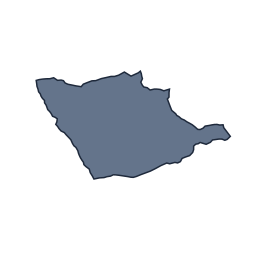 outline of Pérola, Paraná, Brazil, rotated 105°
{"feature_id": "56859067B95323447505184", "entity_name": "Pérola", "entity_type": "district", "adm_level": 2, "iso_a3": "BRA", "parent_name": "Brazil", "parent_adm1": "Paraná", "projection": "robinson", "projection_center": [-53.712, -23.823], "detail": "fine", "context": "isolated", "style": "filled", "palette": "slate", "viewbox_px": 256, "rotation_deg": 105, "n_neighbors": 0, "source": "geoboundaries", "source_scale": "gbopen_adm2", "svg_char_len": 1825}
<svg xmlns="http://www.w3.org/2000/svg" viewBox="0 0 256 256"><g transform="rotate(105 128 128)"><path d="M105.8,229.0L109.0,227.6L111.3,226.7L113.9,224.9L116.2,223.7L117.7,221.6L119.9,220.1L121.6,218.2L123.0,215.8L125.3,215.1L127.0,213.1L128.8,211.8L131.0,210.3L132.4,207.9L133.9,206.0L136.2,203.9L136.5,201.3L137.4,198.7L140.6,198.3L143.2,198.7L144.7,196.4L146.4,194.6L148.2,191.9L148.9,188.3L150.6,185.9L152.3,183.1L154.1,180.2L157.3,177.6L159.2,175.6L160.2,173.3L162.9,170.6L165.2,169.3L167.1,167.9L169.1,166.2L170.9,164.3L172.6,162.2L174.8,161.1L176.1,158.8L177.7,154.8L180.9,152.9L183.5,150.1L186.1,147.7L183.5,142.5L182.1,138.3L180.5,135.8L179.0,132.4L177.0,130.1L176.5,127.9L176.0,124.5L175.0,115.7L174.8,112.6L174.3,110.1L172.6,107.3L169.7,103.5L163.9,95.3L160.0,90.9L155.7,86.4L151.8,81.5L151.8,78.5L149.1,73.8L148.9,71.0L146.9,68.7L143.4,67.9L141.3,65.2L138.7,61.3L134.9,59.2L131.9,59.0L128.5,59.9L126.1,58.4L125.0,56.1L123.3,54.6L123.5,48.3L122.1,46.6L120.5,44.7L117.7,43.3L115.1,37.2L114.4,34.3L114.8,31.3L113.3,29.2L109.6,27.0L102.9,35.6L100.3,37.0L101.4,40.2L101.5,42.9L102.2,45.3L103.3,47.8L104.6,50.4L106.2,54.0L108.8,55.5L110.8,57.9L111.3,60.3L109.6,63.6L108.2,66.9L107.3,70.4L106.8,72.7L105.7,75.8L105.3,78.8L103.8,81.9L103.3,84.1L101.9,85.6L99.7,90.3L96.5,92.7L89.8,97.5L87.6,96.4L82.9,97.6L79.7,98.0L82.8,103.0L82.4,106.8L82.9,109.9L83.6,112.7L85.6,116.5L84.1,119.9L84.3,123.3L83.1,125.1L80.4,127.5L76.7,126.8L74.5,128.1L71.9,129.3L69.9,130.8L72.0,132.3L77.1,138.5L74.9,146.0L79.4,150.7L81.7,154.4L82.6,157.8L85.2,162.7L87.1,166.4L90.6,171.4L91.8,175.1L94.6,179.0L97.2,182.5L100.2,183.9L100.8,189.2L101.0,193.1L101.3,197.4L100.8,200.4L99.0,202.6L99.0,205.0L100.2,208.4L98.7,212.8L100.6,216.2L101.6,219.6L102.8,223.0L104.2,226.3L105.8,229.0Z" fill="#64748b" stroke="#1e293b" stroke-width="1.5"/></g></svg>